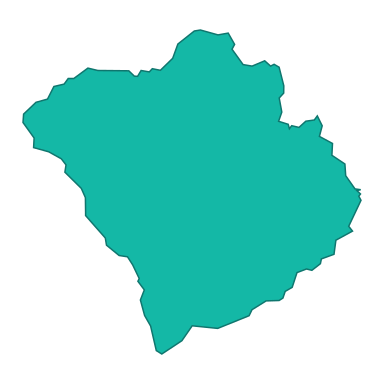 Demir Hisar, Demir Hisar, North Macedonia
{"feature_id": "65306769B51033238442002", "entity_name": "Demir Hisar", "entity_type": "district", "adm_level": 2, "iso_a3": "MKD", "parent_name": "North Macedonia", "parent_adm1": "Demir Hisar", "projection": "robinson", "projection_center": [21.142, 41.259], "detail": "fine", "context": "isolated", "style": "filled", "palette": "teal", "viewbox_px": 384, "rotation_deg": 0, "n_neighbors": 0, "source": "geoboundaries", "source_scale": "gbopen_adm2", "svg_char_len": 1256}
<svg xmlns="http://www.w3.org/2000/svg" viewBox="0 0 384 384"><path d="M85.6,212.5L85.6,215.6L105.3,238.0L106.5,245.2L119.1,255.5L127.5,256.8L132.7,264.9L139.2,278.5L137.9,281.3L144.3,289.9L140.4,300.0L144.6,315.5L150.6,326.0L156.3,350.6L161.8,354.0L181.9,340.7L192.2,325.8L217.7,328.4L249.1,315.7L252.0,309.7L266.1,300.9L279.1,300.5L282.9,298.1L285.2,291.4L292.2,287.3L297.0,272.6L306.5,269.0L311.9,270.3L320.4,263.7L321.4,258.9L334.0,254.3L335.9,240.2L352.5,231.1L348.7,226.3L361.0,200.3L358.8,196.2L360.5,194.0L356.9,190.6L360.7,189.7L355.0,188.9L345.7,175.7L344.9,164.0L331.9,155.3L332.5,143.5L319.4,136.4L322.2,125.8L317.3,115.9L314.3,120.0L305.8,121.2L299.0,127.4L291.7,125.7L289.4,128.7L288.2,124.3L278.6,121.3L281.8,112.1L279.2,98.0L283.7,93.1L283.8,85.8L279.1,67.2L274.1,64.3L270.6,66.1L264.7,60.8L252.1,66.1L243.1,64.6L232.0,49.2L234.6,44.4L228.2,33.1L218.0,34.9L200.4,30.0L194.3,31.0L177.9,44.0L172.7,58.3L160.4,70.3L152.3,68.7L149.3,71.9L141.1,70.5L137.6,76.3L134.4,76.2L128.8,70.8L97.9,70.5L87.9,68.1L73.8,78.5L68.2,78.5L64.1,84.1L53.9,86.5L47.5,99.1L36.0,102.3L23.6,114.1L23.0,122.5L34.1,138.0L33.6,147.6L48.7,151.8L61.3,158.8L66.0,164.9L64.9,172.2L81.3,188.4L85.4,197.6L85.6,212.5Z" fill="#14b8a6" stroke="#0f766e" stroke-width="1.5"/></svg>